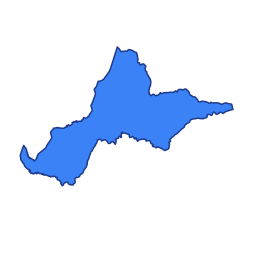 Mercedes, Ocotepeque, Honduras, rotated 288°
{"feature_id": "27666195B36872574747509", "entity_name": "Mercedes", "entity_type": "district", "adm_level": 2, "iso_a3": "HND", "parent_name": "Honduras", "parent_adm1": "Ocotepeque", "projection": "mercator", "projection_center": [-89.033, 14.309], "detail": "fine", "context": "isolated", "style": "filled", "palette": "blue", "viewbox_px": 256, "rotation_deg": 288, "n_neighbors": 0, "source": "geoboundaries", "source_scale": "gbopen_adm2", "svg_char_len": 5784}
<svg xmlns="http://www.w3.org/2000/svg" viewBox="0 0 256 256"><g transform="rotate(288 128 128)"><path d="M201.5,92.8L179.5,93.0L176.0,92.7L167.4,90.0L165.5,88.8L164.1,87.1L163.1,85.2L158.4,85.2L157.1,84.9L154.7,84.0L153.7,84.1L151.7,85.9L149.9,86.6L139.7,86.2L138.1,85.8L137.4,86.1L136.5,86.7L136.1,87.2L134.4,88.2L132.9,88.4L130.6,87.8L129.1,87.1L128.6,87.1L127.8,87.4L127.3,87.3L126.6,86.4L125.6,86.2L124.1,84.5L124.2,82.5L122.3,82.7L121.8,82.0L121.0,81.5L120.7,81.5L120.3,81.9L120.1,81.8L119.3,79.4L118.6,78.7L118.6,78.1L118.4,77.9L118.0,78.0L117.8,77.8L118.0,77.5L118.5,77.6L118.8,77.4L118.9,76.8L118.7,76.5L118.2,76.6L117.9,75.9L117.1,75.5L117.1,75.1L117.3,74.6L117.2,74.3L116.4,74.0L115.9,73.2L115.6,73.2L115.3,73.7L114.9,73.8L114.2,73.6L113.3,73.1L112.3,72.2L111.9,71.4L112.0,70.9L112.7,70.8L112.7,70.4L111.8,69.9L111.5,69.1L111.2,68.9L110.8,69.0L110.6,69.6L110.1,69.6L109.9,69.3L109.5,68.2L108.1,67.3L107.1,64.5L107.2,63.4L106.6,62.6L106.8,61.5L106.2,60.9L106.5,60.2L105.9,59.5L104.7,57.2L103.8,57.2L101.8,56.2L99.8,55.7L95.4,58.5L94.9,58.5L90.8,57.5L86.9,56.3L85.2,56.0L83.8,56.0L75.4,50.6L74.4,50.6L73.3,50.3L72.4,50.5L69.7,50.2L69.1,50.0L68.4,49.5L67.8,49.3L67.7,49.0L67.8,48.7L68.6,47.9L68.6,47.5L68.4,46.8L68.9,46.2L69.1,45.6L69.1,45.2L68.8,44.6L68.7,44.3L68.9,44.0L69.5,43.9L69.7,43.6L69.6,43.2L69.2,42.9L69.2,42.5L71.6,41.3L71.7,41.0L71.5,40.7L71.7,40.4L73.3,40.1L73.7,39.4L75.0,38.8L75.5,38.3L76.3,38.0L77.5,36.7L77.7,35.7L78.3,35.3L78.4,34.9L78.9,34.7L79.0,34.2L77.0,34.0L68.5,34.0L67.0,34.9L65.2,35.6L64.0,36.7L63.3,37.9L62.4,38.6L62.1,39.5L61.7,39.8L61.4,40.6L60.4,40.9L59.2,42.4L57.6,46.1L58.0,47.2L57.8,47.8L57.4,48.2L57.0,48.3L56.7,48.1L56.5,47.5L56.0,47.5L55.8,47.8L55.7,48.8L55.0,49.5L55.4,50.4L55.1,51.5L55.2,52.5L55.5,52.8L56.3,53.1L56.8,53.8L56.8,54.3L56.2,54.8L56.2,55.2L56.6,55.6L57.6,55.5L58.0,55.9L57.9,56.5L57.3,57.4L57.7,60.1L57.3,60.7L57.6,61.0L58.3,61.0L58.5,61.4L58.3,61.7L57.6,61.8L57.3,62.2L57.4,63.1L57.9,64.3L58.0,65.2L57.7,67.7L58.0,69.0L57.6,69.7L57.8,70.0L58.5,70.4L58.6,71.7L59.3,72.4L59.5,72.9L59.3,73.7L58.7,74.6L58.7,75.0L59.0,75.4L59.0,75.8L58.7,76.1L57.8,76.2L57.0,76.9L57.0,77.3L57.1,78.0L57.0,78.7L56.3,80.0L56.1,80.9L55.7,81.1L55.0,81.0L54.3,81.3L54.1,81.6L54.0,82.1L53.3,82.6L52.9,83.2L53.0,83.6L53.8,84.1L55.4,84.1L57.9,86.5L57.7,87.3L56.7,88.5L56.1,89.7L56.7,93.2L57.7,93.3L59.0,94.3L59.7,94.5L60.6,94.3L62.8,93.3L63.7,93.3L64.7,94.0L65.8,95.8L66.4,96.5L67.3,96.9L68.4,97.0L69.3,97.2L70.8,98.8L71.6,99.0L74.3,99.1L77.8,100.3L81.0,100.4L84.2,99.6L86.0,100.1L90.0,100.0L91.9,100.2L93.6,100.0L94.4,100.3L95.1,100.9L98.4,101.4L101.5,102.4L102.6,102.2L103.4,102.8L106.6,102.7L108.0,103.6L108.5,104.3L108.6,105.1L108.3,106.3L107.7,106.8L107.6,107.1L108.4,107.8L109.3,109.0L109.6,109.7L109.7,110.4L109.1,111.8L107.7,113.7L107.4,114.8L107.7,115.4L108.3,116.0L109.8,116.7L110.4,117.6L109.6,119.4L108.7,120.5L108.7,120.9L110.0,121.0L112.5,120.5L113.0,120.2L113.3,119.6L113.6,119.5L115.4,122.0L116.6,122.0L117.6,122.7L117.7,123.1L117.6,123.4L116.8,124.0L116.9,124.3L117.1,124.5L117.6,124.5L119.4,123.6L121.9,123.4L122.2,123.7L122.0,124.0L121.6,124.2L121.4,124.5L122.0,125.9L122.3,127.2L122.1,129.3L122.1,130.9L121.8,131.3L120.6,131.7L119.5,132.8L121.3,135.1L119.6,137.7L119.8,138.2L120.8,138.4L120.9,138.9L120.1,139.7L118.7,140.7L118.4,141.1L118.7,141.5L119.6,141.6L120.1,141.9L122.2,146.0L122.5,147.2L122.4,148.3L122.1,148.9L121.4,149.0L121.2,149.3L122.3,151.1L122.6,152.1L122.1,153.5L120.8,154.2L120.3,154.8L120.1,155.4L120.3,156.3L120.1,156.9L119.5,157.1L118.6,156.7L118.3,156.9L118.1,157.2L118.1,157.7L118.5,159.1L118.3,159.7L117.9,160.5L117.9,160.9L118.1,161.3L119.0,161.7L119.2,162.8L119.0,165.8L118.1,169.0L118.0,170.1L119.7,172.0L121.0,173.1L125.3,172.5L125.7,172.3L126.3,171.6L126.8,171.4L127.2,171.6L127.8,172.3L128.5,172.5L129.1,172.2L129.6,171.4L130.2,171.3L131.3,172.2L133.0,172.9L134.4,174.0L136.2,174.7L137.9,176.5L143.3,179.2L146.0,181.2L147.6,181.2L148.5,181.3L150.6,182.7L151.9,184.3L152.7,184.6L154.5,184.9L155.3,185.2L156.8,187.2L157.6,189.1L158.8,191.1L159.7,195.6L160.3,196.9L162.4,199.6L163.2,199.7L165.0,199.4L165.4,199.6L166.1,201.7L166.0,202.3L165.7,203.3L165.8,203.6L166.4,203.9L168.7,204.1L169.6,204.7L169.6,205.5L168.5,207.2L168.4,207.9L168.9,208.8L171.0,210.5L171.7,211.3L171.8,212.1L171.3,213.6L171.3,214.1L173.1,215.3L174.1,216.2L177.6,221.2L178.0,222.0L182.2,219.6L182.6,219.2L182.6,218.5L182.1,215.3L182.2,213.5L181.8,212.6L179.3,209.6L179.7,207.7L179.7,206.1L179.2,204.0L178.0,200.9L178.1,198.9L178.0,198.7L177.0,198.4L176.6,197.8L177.1,194.6L176.6,190.8L176.3,189.9L174.8,187.9L174.6,187.3L174.9,186.8L176.1,185.8L178.1,182.6L178.1,181.8L177.8,179.7L178.4,178.7L178.7,176.9L179.2,176.2L180.9,175.0L181.7,174.0L182.2,172.6L182.9,171.8L182.9,171.0L182.5,169.8L181.3,168.7L181.3,167.6L180.9,165.9L180.3,164.5L179.7,164.0L177.9,163.7L177.5,163.4L177.5,163.1L178.0,162.3L178.0,161.9L176.2,160.3L175.7,159.6L175.3,157.7L174.1,155.2L172.9,151.9L171.2,149.2L171.2,148.8L171.6,147.9L171.3,147.6L170.7,147.7L170.0,147.5L168.5,146.4L167.8,144.9L167.2,144.2L167.9,142.4L167.9,141.6L167.5,141.1L166.1,140.1L165.9,139.6L166.3,138.9L166.4,138.5L166.9,137.5L167.5,137.8L167.9,137.6L169.6,136.1L170.1,136.1L171.1,136.5L172.8,135.9L174.0,136.2L175.4,136.2L178.0,135.7L179.5,135.2L181.7,133.8L182.8,132.1L183.9,131.3L184.1,130.7L185.0,130.1L185.7,129.0L187.2,128.5L187.4,127.7L188.2,126.7L190.0,126.0L192.2,125.8L192.6,125.7L192.9,124.5L193.6,123.6L193.7,122.9L193.0,121.4L192.0,121.1L191.9,120.2L192.0,119.6L192.3,119.3L193.5,119.0L193.5,118.5L193.2,117.4L193.2,117.1L194.1,116.5L196.6,116.3L197.3,115.6L199.5,114.7L202.0,113.0L202.4,112.5L202.3,110.7L203.1,108.2L203.0,105.1L202.3,104.1L200.9,103.4L200.6,103.0L200.2,101.2L198.5,97.8L200.9,94.6L201.5,92.8Z" fill="#3b82f6" stroke="#1e3a8a" stroke-width="1.5"/></g></svg>